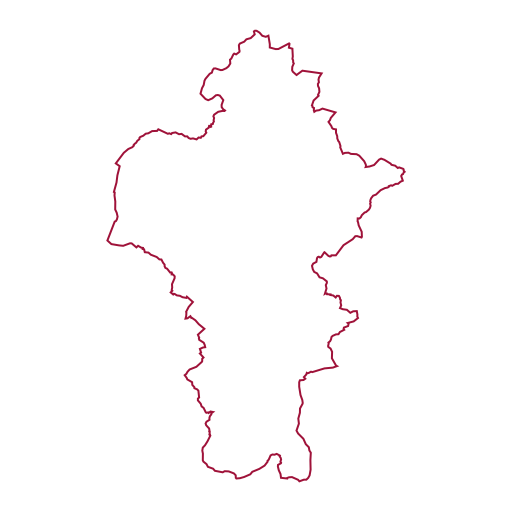 Enniscorthy Lea-6, Wexford, Ireland (Albers equal-area conic projection)
{"feature_id": "5873133B47425584420404", "entity_name": "Enniscorthy Lea-6", "entity_type": "district", "adm_level": 2, "iso_a3": "IRL", "parent_name": "Ireland", "parent_adm1": "Wexford", "projection": "albers", "projection_center": [-6.612, 52.551], "detail": "fine", "context": "isolated", "style": "outline", "palette": "rose", "viewbox_px": 512, "rotation_deg": 0, "n_neighbors": 0, "source": "geoboundaries", "source_scale": "gbopen_adm2", "svg_char_len": 6057}
<svg xmlns="http://www.w3.org/2000/svg" viewBox="0 0 512 512"><path d="M250.7,38.1L246.4,39.3L244.2,41.7L239.8,43.6L238.9,45.2L239.2,49.4L239.6,51.0L239.4,51.9L236.1,54.4L234.2,53.6L233.3,54.5L231.3,58.6L230.0,59.7L230.3,63.5L228.5,66.4L226.3,68.2L222.4,70.0L220.7,70.1L215.5,68.4L213.8,68.5L212.6,70.1L211.9,72.6L209.7,73.8L205.5,78.8L204.5,80.7L203.7,85.0L202.0,88.2L200.5,93.7L205.5,99.0L208.2,100.2L212.3,98.4L215.9,95.3L217.8,95.0L219.8,95.6L223.3,100.1L221.6,104.9L221.7,107.2L223.2,109.3L225.0,110.5L224.5,111.0L222.5,110.9L218.2,111.8L214.1,114.7L213.4,116.3L214.1,118.0L213.6,120.3L213.9,121.4L213.0,123.0L212.9,123.9L211.2,124.3L211.2,126.7L210.5,126.9L209.9,125.9L209.1,125.9L208.7,127.7L206.0,129.6L205.7,131.4L206.3,132.7L203.3,136.2L201.5,136.4L200.8,137.8L198.6,137.5L196.6,139.4L193.0,138.4L190.6,138.8L188.6,138.0L187.3,136.4L185.0,136.4L181.6,133.9L179.0,134.2L175.6,132.4L172.1,133.0L171.2,134.1L169.2,133.3L167.9,133.8L158.3,129.3L157.1,130.9L152.1,131.1L148.3,133.3L145.7,133.7L143.3,135.7L140.2,137.0L139.4,138.0L139.4,139.2L137.3,140.8L136.2,142.7L134.7,143.8L133.6,145.1L133.8,145.7L132.3,147.2L128.3,149.0L123.8,152.8L115.8,163.4L119.7,166.2L117.4,175.3L116.5,182.5L113.9,192.0L114.7,192.5L114.5,195.5L115.3,201.5L115.2,209.5L116.7,212.7L117.6,216.6L116.9,219.4L115.9,221.1L114.7,221.6L107.4,240.5L111.4,244.1L119.1,245.4L123.2,245.8L130.0,243.3L131.7,243.4L136.4,247.4L138.1,245.8L141.3,247.7L142.9,247.9L142.7,249.0L144.1,249.3L144.8,252.2L148.5,252.6L150.8,254.7L156.7,257.0L159.4,259.4L161.4,259.5L163.1,262.8L164.6,264.6L164.6,266.2L165.4,267.9L167.1,268.7L170.2,272.6L171.6,272.4L172.0,273.2L171.7,274.4L173.2,274.6L174.7,276.3L174.6,278.2L172.0,284.2L172.2,287.5L171.7,290.2L172.3,290.8L170.7,292.4L173.2,294.5L173.9,293.8L174.7,294.0L176.9,295.4L179.9,295.8L182.5,297.2L186.4,297.9L186.9,296.7L192.9,302.0L188.7,306.9L186.1,311.9L186.4,312.5L186.2,316.0L185.5,318.6L187.5,318.3L190.4,316.2L191.3,317.9L191.7,317.7L195.4,320.3L198.8,324.2L204.4,328.8L197.9,334.7L199.2,337.8L198.9,338.4L199.2,339.8L203.7,342.7L204.7,344.9L205.2,347.2L203.0,347.5L199.9,348.9L201.1,352.6L199.9,353.5L203.5,357.5L202.2,358.8L202.2,361.1L201.9,361.8L196.4,366.8L189.6,369.5L187.5,371.8L186.4,373.8L184.7,375.2L186.7,377.9L187.3,379.4L192.1,382.2L192.3,384.9L194.3,387.1L194.4,388.2L197.2,389.4L198.4,390.7L199.1,397.5L197.9,398.6L197.9,400.4L200.7,403.7L201.6,406.4L203.6,407.9L205.8,412.4L206.6,412.8L208.1,412.4L208.6,413.0L210.5,411.5L213.0,412.0L211.3,413.3L211.3,414.4L209.9,416.2L209.4,418.0L209.5,419.8L206.5,421.7L205.6,423.5L206.2,425.3L209.1,428.5L209.5,430.7L209.2,431.2L209.8,431.9L209.5,433.0L210.0,434.7L209.6,434.9L210.3,435.7L207.5,441.3L205.0,445.3L202.8,447.6L202.3,450.6L202.9,453.6L202.8,460.3L203.4,461.6L206.5,464.1L207.9,466.8L213.1,468.7L214.9,470.8L222.7,472.3L224.7,471.2L228.7,471.4L233.9,473.4L235.7,475.3L235.8,477.8L236.4,478.5L239.9,478.2L244.1,477.0L250.3,474.3L252.3,471.8L259.3,468.9L264.6,465.6L267.6,461.7L267.5,460.9L268.7,459.7L270.6,455.4L272.4,454.5L274.5,454.7L276.7,453.9L279.9,455.6L279.6,456.3L280.7,457.9L281.1,459.5L280.4,461.8L281.1,462.7L280.9,463.3L278.0,464.9L277.9,466.6L278.8,470.3L280.5,474.0L281.0,477.8L287.1,478.5L287.1,478.0L289.0,477.3L292.0,477.1L298.1,479.8L299.4,481.3L303.8,479.7L306.3,479.7L308.2,477.9L309.6,475.4L310.6,469.7L310.4,460.1L310.8,452.7L309.4,450.5L308.8,447.2L305.8,444.2L303.4,438.8L298.1,433.5L296.5,430.6L298.9,423.6L298.3,418.6L299.9,412.8L300.0,408.5L302.6,403.7L302.7,402.7L302.3,400.0L300.5,395.0L299.2,386.8L299.2,382.2L299.9,380.3L303.5,380.0L305.3,378.7L303.9,377.1L306.2,374.6L306.8,372.9L307.4,373.3L308.8,372.9L311.0,371.7L312.3,372.1L324.5,368.4L332.9,367.6L337.0,366.1L336.0,365.5L331.9,358.3L332.1,351.8L330.6,348.6L328.3,346.9L328.1,346.0L328.7,343.5L328.4,342.6L330.1,341.2L331.0,339.4L331.5,337.0L332.6,335.9L335.9,334.4L338.5,334.2L339.9,332.0L344.2,329.8L343.6,328.9L343.9,327.6L348.1,326.0L348.6,323.8L347.7,323.0L353.7,321.4L358.0,318.0L357.3,316.5L357.4,314.6L356.8,311.1L353.2,311.3L350.3,312.8L346.9,309.8L342.7,309.2L340.0,308.1L341.2,305.4L340.5,302.5L340.9,300.2L340.2,299.5L339.9,297.7L338.9,295.9L336.9,295.8L335.7,297.5L333.3,295.5L330.4,295.0L330.5,294.4L327.0,294.2L326.9,293.5L325.8,293.3L324.9,293.8L326.5,288.5L325.8,285.1L326.9,282.8L326.8,281.4L322.9,278.3L319.5,277.3L317.1,273.4L314.2,271.9L312.8,269.3L312.0,265.8L313.2,263.6L316.4,261.9L317.0,258.2L317.7,257.1L318.8,256.7L320.0,257.5L321.3,256.9L324.2,252.4L324.5,252.2L328.4,255.9L329.9,256.5L330.8,256.3L331.4,255.3L335.9,255.3L343.5,245.2L352.7,239.2L355.3,236.2L357.1,236.1L361.5,237.5L361.9,236.8L361.7,231.8L358.7,225.4L358.0,222.0L357.6,221.4L357.7,218.4L359.4,218.5L360.8,217.3L361.8,215.2L364.6,212.5L366.0,212.1L368.9,209.6L370.0,207.8L370.6,205.7L370.1,203.7L370.7,202.3L370.2,201.5L370.4,200.1L371.1,198.3L373.1,195.7L376.0,194.6L380.6,190.2L384.9,188.1L387.7,187.5L389.0,186.6L388.9,186.1L391.1,185.3L392.2,185.8L395.6,183.9L398.1,183.8L400.5,181.7L402.8,180.7L401.2,176.0L402.0,174.5L403.0,174.1L403.7,172.5L404.6,171.8L403.7,170.8L403.6,169.3L403.1,168.8L399.1,167.4L397.8,168.0L395.2,165.7L391.5,164.8L390.6,163.6L384.4,159.8L381.1,158.6L379.1,159.6L374.1,165.0L369.5,166.5L365.7,167.0L366.0,166.3L365.8,164.6L364.2,161.2L359.3,155.7L356.6,154.2L350.9,153.9L348.5,152.7L344.9,152.9L342.9,153.8L340.2,147.3L340.5,146.1L339.2,142.0L338.4,141.2L337.3,138.5L337.2,136.1L336.0,132.8L336.0,129.4L333.2,128.9L332.1,128.0L331.3,126.0L328.5,121.9L329.9,120.3L330.8,117.9L335.5,112.4L322.5,108.6L319.1,110.2L316.1,110.6L314.3,111.8L313.8,110.3L314.0,108.0L312.6,107.3L312.4,105.9L311.9,105.5L313.6,100.5L318.6,95.8L318.0,94.9L319.4,91.9L319.1,88.3L318.0,85.9L317.9,83.9L318.9,82.3L318.5,79.7L319.0,77.5L321.6,73.4L302.4,70.7L296.5,75.0L292.8,71.7L292.1,70.2L292.3,66.8L293.8,63.4L293.2,62.5L293.1,60.2L292.4,58.9L292.8,56.5L292.4,48.7L288.9,47.7L289.5,43.8L289.1,43.4L278.4,49.0L275.7,49.1L269.8,47.5L269.8,44.2L268.4,35.7L265.8,36.8L262.3,35.8L259.5,32.6L256.6,30.8L255.0,30.7L253.9,31.4L254.7,34.4L250.7,38.1Z" fill="none" stroke="#9f1239" stroke-width="2"/></svg>